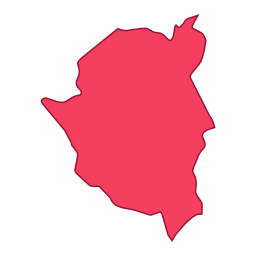 SVG path tracing the border of Kairouan
{"feature_id": "TUN-118", "entity_name": "Kairouan", "entity_type": "Governorate", "adm_level": 1, "iso_a3": "TUN", "parent_name": "Tunisia", "parent_adm1": "", "projection": "robinson", "projection_center": [9.864, 35.574], "detail": "fine", "context": "isolated", "style": "filled", "palette": "rose", "viewbox_px": 256, "rotation_deg": 0, "n_neighbors": 0, "source": "natural_earth", "source_scale": "10m", "svg_char_len": 2123}
<svg xmlns="http://www.w3.org/2000/svg" viewBox="0 0 256 256"><path d="M197.9,15.4L192.4,25.3L192.4,28.2L201.7,33.0L202.6,33.9L203.6,35.3L205.0,38.0L205.6,39.5L205.8,40.9L204.3,50.2L202.3,57.5L201.2,60.6L200.9,61.3L199.1,64.1L191.2,73.9L190.3,75.4L190.1,76.2L190.1,77.0L190.6,78.4L209.7,116.1L211.3,118.3L212.6,120.9L214.6,127.5L207.3,129.9L204.1,132.0L203.0,133.5L202.5,134.5L202.3,135.5L202.4,136.2L204.9,142.9L205.0,144.4L204.9,145.9L204.2,147.4L200.7,151.6L198.8,154.7L193.6,167.3L192.9,169.6L192.7,171.2L192.8,171.9L193.4,173.4L194.8,176.2L195.3,177.6L195.7,179.0L196.1,182.3L196.2,184.3L195.6,189.9L195.6,191.8L195.7,192.2L195.8,192.8L196.2,194.2L197.0,195.6L201.0,201.4L201.7,202.9L201.9,203.6L202.1,206.3L201.9,214.0L197.7,214.4L195.6,215.2L192.0,217.4L185.4,223.3L176.6,233.3L173.4,238.1L172.1,240.6L168.9,236.2L168.0,234.6L162.1,214.1L161.1,212.5L160.1,211.9L151.8,214.8L151.0,215.0L150.2,214.9L149.4,214.8L134.3,210.0L122.0,207.6L117.3,205.9L115.7,205.0L114.3,204.0L112.8,202.4L112.2,201.7L111.7,201.0L110.3,198.1L109.9,197.4L99.5,186.7L98.5,186.3L97.5,186.2L96.7,186.4L95.1,186.5L93.3,186.3L90.4,185.7L89.2,185.1L76.6,173.5L75.8,172.5L75.4,171.7L75.1,171.0L75.0,170.4L75.0,169.8L76.1,163.6L76.8,161.3L77.6,155.0L77.6,154.3L77.6,153.6L76.4,151.1L71.8,145.3L71.5,143.5L71.4,142.8L64.7,130.3L42.2,103.3L41.9,102.6L41.6,101.9L41.4,101.0L41.6,100.2L42.3,99.3L44.1,98.3L45.4,98.1L46.5,98.1L58.2,102.0L60.3,102.3L62.1,102.3L63.8,102.2L65.6,101.6L72.7,97.2L75.8,95.9L80.1,95.0L80.6,94.5L81.2,93.7L81.3,92.0L80.9,90.9L80.4,90.1L79.3,89.0L78.0,87.4L77.0,85.8L76.8,85.3L76.6,84.7L76.5,84.1L76.3,82.7L76.5,81.1L79.0,74.8L79.2,74.0L79.3,72.3L79.3,70.5L79.0,68.9L77.8,64.1L77.8,63.4L77.8,62.5L79.0,60.7L81.3,58.2L117.8,28.7L121.4,30.0L122.9,30.3L126.3,30.6L141.2,28.5L147.1,28.4L152.4,31.5L153.9,32.2L160.6,33.3L161.4,33.7L162.9,34.5L164.1,35.5L168.6,39.9L169.4,40.3L170.4,40.3L171.5,39.6L172.7,37.5L173.3,36.2L173.7,35.0L174.7,27.9L175.2,26.0L175.6,25.4L176.1,25.1L176.8,25.7L177.9,27.2L179.0,27.4L180.3,26.8L182.7,24.5L183.7,23.1L185.2,20.5L187.9,18.6L197.9,15.4Z" fill="#f43f5e" stroke="#9f1239" stroke-width="1.5"/></svg>